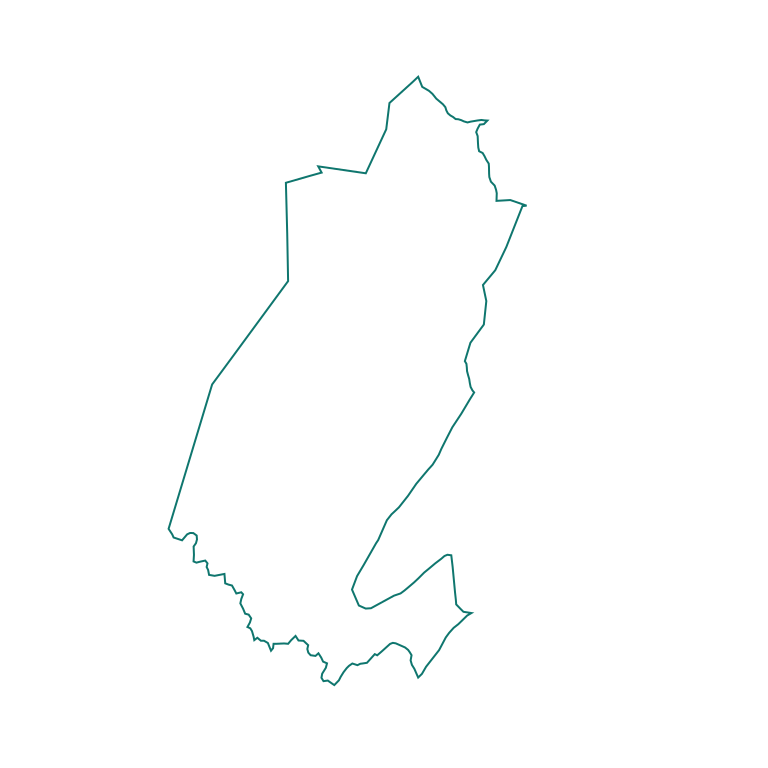 outline of Lagoa do Barro do Piauí, Piauí, Brazil, rotated 21°
{"feature_id": "56859067B46561625908849", "entity_name": "Lagoa do Barro do Piauí", "entity_type": "district", "adm_level": 2, "iso_a3": "BRA", "parent_name": "Brazil", "parent_adm1": "Piauí", "projection": "equal_earth", "projection_center": [-41.549, -8.553], "detail": "fine", "context": "isolated", "style": "outline", "palette": "teal", "viewbox_px": 768, "rotation_deg": 21, "n_neighbors": 0, "source": "geoboundaries", "source_scale": "gbopen_adm2", "svg_char_len": 2823}
<svg xmlns="http://www.w3.org/2000/svg" viewBox="0 0 768 768"><g transform="rotate(21 384 384)"><path d="M244.6,204.4L250.0,209.0L240.3,216.2L220.3,231.3L239.8,278.4L257.6,322.3L232.7,413.4L228.1,430.1L223.7,446.0L234.8,596.4L240.2,600.3L242.6,602.7L251.5,602.3L254.1,594.9L256.3,592.6L259.4,591.5L263.4,592.6L265.1,596.1L265.5,600.0L264.5,603.9L267.8,611.6L269.8,617.9L272.9,618.0L276.1,615.7L280.4,612.9L283.5,614.7L284.0,618.4L286.4,620.6L289.1,624.9L294.6,623.8L303.1,618.5L307.2,627.0L310.7,627.0L314.3,626.6L318.5,630.1L321.2,632.5L325.4,629.6L327.8,630.8L327.8,635.8L328.5,640.3L333.0,644.3L336.7,648.2L340.3,647.8L344.0,650.4L344.3,654.7L343.6,659.8L346.7,660.0L349.3,662.0L352.8,666.6L354.7,669.6L356.7,666.3L361.1,667.8L364.0,666.7L368.4,667.4L371.2,670.4L374.1,673.5L375.1,670.4L374.0,666.1L376.9,665.0L381.0,663.2L383.8,662.0L387.6,660.9L389.1,656.5L391.7,650.9L396.1,654.1L400.9,652.6L406.8,655.0L407.4,658.9L409.6,661.9L412.7,663.5L417.5,662.4L419.3,658.9L423.4,661.9L426.6,665.0L430.9,665.2L431.4,669.8L430.1,676.6L430.9,680.7L434.0,683.1L437.8,681.0L442.9,682.3L445.5,682.9L448.1,676.8L448.5,672.9L449.5,667.6L451.0,662.6L452.3,659.7L454.6,656.3L460.0,656.0L462.1,653.7L464.5,652.4L468.0,650.4L472.2,639.5L474.9,639.7L477.6,634.7L482.8,624.5L485.0,622.5L487.9,621.9L498.0,622.4L501.8,623.6L504.2,625.2L506.9,627.3L507.9,632.5L510.7,636.2L514.4,639.0L521.1,645.8L523.3,641.0L524.6,632.9L530.8,612.7L532.5,598.5L534.0,593.0L536.4,586.7L539.5,581.5L544.6,570.4L547.7,566.5L539.8,568.2L536.4,566.7L530.4,563.9L528.5,559.9L525.1,553.3L519.6,542.2L513.6,530.1L508.2,519.8L504.4,520.7L502.1,522.9L500.0,526.8L496.1,533.1L491.9,540.7L489.1,545.6L485.9,552.8L483.2,558.4L479.0,566.1L477.1,569.5L474.5,573.6L469.2,578.0L452.2,598.0L447.4,600.2L439.9,599.8L427.8,587.4L427.7,573.0L429.9,560.2L433.7,535.3L434.5,531.8L435.5,510.1L437.7,503.0L442.1,493.9L446.5,479.8L449.9,465.6L454.0,453.6L455.9,448.1L458.3,441.9L460.5,430.5L460.8,423.9L462.0,411.8L463.3,399.9L466.8,384.1L469.6,367.9L471.2,359.6L468.9,358.3L465.9,355.7L463.8,352.4L461.7,348.7L459.4,345.7L456.9,342.2L455.4,338.9L453.7,335.6L451.3,333.7L449.9,314.5L455.9,292.7L449.8,269.9L440.9,256.1L447.1,237.9L449.1,212.3L449.5,168.3L453.2,166.4L436.0,167.0L423.4,172.7L420.9,165.5L419.0,162.5L416.2,159.1L411.3,156.8L408.2,153.1L406.8,150.1L404.2,143.7L402.8,140.7L399.2,138.1L396.1,135.2L393.3,133.0L389.4,132.6L387.3,129.5L385.3,125.2L382.6,119.0L379.8,115.8L379.9,112.0L380.5,107.5L384.1,105.6L386.1,101.0L383.2,101.9L380.3,102.6L376.8,104.5L370.9,108.0L368.2,109.9L364.4,110.2L361.5,110.0L358.5,110.2L355.9,111.0L352.9,110.0L349.7,109.5L346.6,108.4L344.2,106.3L342.1,103.6L338.7,101.7L330.6,98.9L325.3,95.8L321.0,94.2L313.2,92.9L305.8,84.9L302.7,91.4L288.4,119.7L294.8,145.4L291.5,193.8L244.6,204.4Z" fill="none" stroke="#0f766e" stroke-width="2"/></g></svg>